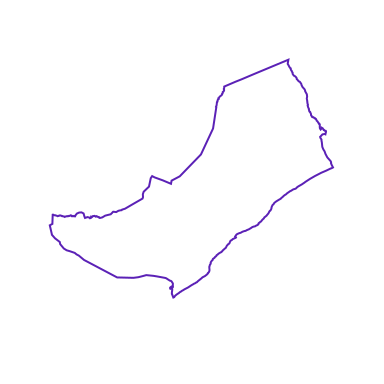 outline of Ningo/prampram, Greater Accra, Ghana, rotated 341°
{"feature_id": "2480657B81968156308620", "entity_name": "Ningo/prampram", "entity_type": "district", "adm_level": 2, "iso_a3": "GHA", "parent_name": "Ghana", "parent_adm1": "Greater Accra", "projection": "robinson", "projection_center": [0.183, 5.814], "detail": "fine", "context": "isolated", "style": "outline", "palette": "violet", "viewbox_px": 384, "rotation_deg": 341, "n_neighbors": 0, "source": "geoboundaries", "source_scale": "gbopen_adm2", "svg_char_len": 5981}
<svg xmlns="http://www.w3.org/2000/svg" viewBox="0 0 384 384"><g transform="rotate(341 192 192)"><path d="M52.9,168.1L49.6,176.7L46.7,177.2L45.7,186.5L45.6,186.8L47.4,191.2L50.7,196.2L50.4,198.4L52.4,203.7L54.5,206.3L57.2,208.2L61.3,211.4L62.5,213.4L64.3,215.3L67.8,221.1L93.4,248.4L108.7,254.1L113.6,255.1L118.4,255.5L121.7,255.7L128.2,258.7L131.2,260.3L138.3,264.3L139.1,264.8L139.7,265.4L142.2,268.6L143.0,269.1L143.5,269.7L144.0,271.6L144.1,272.3L143.4,274.3L143.2,274.7L143.2,275.2L142.9,275.7L142.1,275.4L141.5,275.6L141.2,275.6L140.9,275.4L141.0,275.0L140.2,275.3L140.0,275.9L139.9,276.2L140.0,276.5L141.1,276.5L141.4,276.4L141.7,276.5L141.7,277.1L141.5,278.0L140.3,280.4L139.8,281.7L139.9,281.9L139.8,282.2L139.9,283.0L140.0,283.2L139.9,283.6L140.0,285.7L141.0,285.6L141.6,285.1L142.3,284.6L144.2,283.9L146.9,283.2L147.7,282.8L149.0,282.6L150.1,282.2L152.0,281.9L153.0,281.6L157.1,281.0L161.4,279.9L163.2,279.6L163.7,279.4L165.2,279.3L166.6,278.9L167.3,278.9L168.2,278.4L170.0,277.7L171.0,277.4L171.8,277.0L172.4,276.9L174.1,276.1L176.9,275.7L178.9,275.0L179.9,274.6L180.2,274.2L180.5,274.1L180.6,273.9L180.9,273.9L181.1,273.6L181.8,273.3L182.5,272.6L183.1,271.6L183.4,270.5L183.7,269.3L183.8,269.0L184.1,268.2L184.6,267.7L184.9,267.1L185.3,266.6L186.1,266.1L186.5,265.5L186.5,265.2L186.7,264.8L187.3,264.2L188.4,263.4L189.5,262.9L189.9,262.2L190.2,262.0L191.4,261.7L191.9,261.5L192.7,260.9L193.5,260.7L194.4,260.2L194.7,259.8L195.4,259.6L195.9,259.5L196.4,259.2L196.8,259.1L197.2,258.9L199.0,258.5L200.1,258.4L200.6,258.0L201.1,258.0L202.2,257.2L203.0,256.9L204.8,256.1L205.6,255.9L206.4,255.2L207.6,254.0L208.4,253.7L209.0,253.2L210.1,253.0L210.9,252.5L211.3,251.9L212.4,250.8L212.6,250.6L213.8,250.4L214.5,250.2L214.9,249.9L215.2,249.8L218.4,249.5L218.7,249.4L218.8,249.3L218.7,249.1L218.4,249.0L218.2,248.2L220.1,246.8L221.0,246.5L222.1,246.4L223.4,246.3L224.7,246.4L226.8,246.0L228.9,246.0L230.0,246.2L231.4,245.9L233.6,245.8L234.9,245.5L235.6,245.4L237.7,244.8L239.3,244.8L240.3,245.0L242.0,244.6L243.2,244.6L243.4,244.5L244.4,244.0L244.6,243.4L245.1,243.1L245.9,243.0L246.2,242.7L247.8,242.3L248.9,241.5L250.0,240.9L251.3,240.4L252.1,239.6L253.6,239.1L254.9,238.6L255.4,238.2L257.3,237.1L258.9,235.5L259.4,235.3L259.6,235.1L260.0,235.1L260.9,234.4L261.7,233.5L262.0,232.8L262.7,231.8L263.9,230.6L264.2,230.4L265.0,230.2L265.9,229.4L266.3,229.1L268.6,228.3L272.2,227.5L273.6,227.3L274.4,226.8L276.1,226.2L277.5,225.5L279.1,225.0L280.2,224.8L281.4,224.2L282.5,223.9L285.3,223.1L286.2,223.1L288.0,222.6L288.9,222.5L290.9,222.6L291.4,222.5L293.0,221.7L294.4,221.3L294.9,221.2L295.5,221.1L298.6,220.5L300.7,219.9L301.3,219.8L302.3,219.4L307.9,218.0L313.6,216.9L317.8,216.3L320.5,215.9L325.9,215.5L330.1,215.0L332.2,214.9L333.3,214.7L332.9,211.8L332.8,209.9L333.1,209.5L333.2,209.1L333.2,208.8L333.1,207.9L331.2,203.3L330.6,199.4L330.6,196.7L330.2,195.2L330.0,193.8L329.9,191.9L330.0,191.3L331.0,187.0L331.1,185.8L331.5,184.6L331.0,182.5L331.1,181.9L331.1,181.6L334.1,180.0L336.3,180.3L336.9,180.9L337.2,180.4L338.0,179.2L338.4,178.5L338.4,177.8L337.7,177.5L337.4,176.8L337.2,176.8L336.9,176.1L336.7,176.1L336.3,174.3L335.7,173.6L335.6,173.9L334.0,174.8L333.7,173.7L333.7,173.2L334.0,172.0L334.8,169.8L334.8,169.6L334.4,169.3L334.5,169.0L334.4,168.8L334.5,168.6L334.1,168.1L333.6,165.9L333.3,165.5L333.1,165.2L333.1,164.4L333.0,163.4L332.5,163.1L332.5,162.5L332.4,162.3L331.7,161.9L331.5,161.3L331.0,160.7L330.3,160.5L330.0,160.2L329.9,159.4L329.9,158.9L329.7,158.7L329.6,158.3L329.6,158.0L329.9,156.9L329.8,156.0L329.8,155.3L329.6,155.0L329.7,154.7L329.3,154.3L329.2,154.0L329.4,151.8L329.6,151.6L329.4,149.8L329.5,147.8L329.6,147.6L330.0,147.4L330.1,145.2L330.3,144.9L330.5,143.8L330.5,143.4L330.7,143.0L330.9,141.3L331.0,140.9L331.9,139.3L332.4,137.0L331.8,133.6L332.0,132.8L331.9,131.9L331.8,131.6L331.8,131.3L330.7,128.8L330.4,126.7L330.5,125.0L330.0,123.8L330.0,123.4L329.8,122.9L329.4,122.6L328.9,122.0L328.8,121.5L328.5,121.1L328.2,119.9L328.0,119.5L327.8,119.4L327.8,119.2L328.0,118.2L327.8,117.7L327.7,117.2L327.2,116.3L326.9,115.8L326.3,115.3L326.0,114.6L325.6,113.0L326.0,111.8L325.7,111.1L325.7,110.8L325.6,110.6L325.7,110.2L325.7,109.8L325.4,109.1L325.3,108.6L325.3,108.2L325.6,107.3L325.5,107.0L325.2,106.8L324.8,105.5L324.5,103.3L324.3,102.5L324.2,102.1L324.3,101.8L326.2,98.3L288.5,100.7L275.5,101.6L269.1,101.9L256.8,102.8L256.4,104.0L255.7,104.7L255.6,105.0L255.7,105.3L255.5,105.5L255.4,106.4L254.6,107.2L254.0,107.3L253.8,107.6L253.6,107.6L253.3,108.4L252.9,108.6L252.5,109.2L252.2,109.2L252.0,109.7L251.5,110.1L249.4,110.8L248.6,111.3L248.1,111.8L247.8,112.3L247.5,112.1L247.4,112.3L247.4,112.7L247.0,112.7L246.9,112.9L246.6,113.0L246.0,113.7L246.0,114.0L245.8,114.2L245.7,114.5L245.3,115.0L245.1,114.9L244.8,115.2L244.5,115.9L243.5,118.0L242.4,119.3L242.6,119.7L232.6,138.8L212.7,159.4L185.5,173.2L176.4,174.6L174.8,177.4L168.2,171.5L161.5,166.1L159.5,164.0L157.5,165.5L153.1,172.9L146.4,176.0L144.8,178.1L144.0,180.9L143.1,182.1L131.2,184.4L123.2,186.0L120.1,185.9L119.5,186.3L118.3,186.0L116.3,185.8L113.8,186.3L111.1,185.0L110.5,185.2L109.4,185.9L109.0,186.0L107.9,186.6L104.8,186.3L102.2,186.1L98.9,186.8L96.6,186.6L96.1,186.4L95.9,186.2L95.9,185.5L95.6,185.2L94.7,184.8L94.4,184.5L94.2,184.0L93.9,183.8L93.6,184.0L93.3,183.8L92.9,183.9L92.4,183.1L92.0,182.8L91.6,182.9L91.3,182.7L90.4,182.5L89.8,182.7L89.7,183.0L89.4,183.1L89.1,182.7L88.7,182.5L88.6,183.0L88.2,183.0L87.5,183.1L87.7,183.4L87.7,183.6L87.0,183.6L86.8,182.9L85.0,181.7L82.4,181.7L82.3,180.0L82.5,177.0L80.9,175.3L78.6,174.7L76.2,174.9L74.4,176.0L73.6,176.9L72.9,176.4L72.5,176.6L71.7,175.9L71.1,176.0L70.9,175.8L70.4,175.7L70.3,175.1L69.9,174.6L69.5,174.5L68.5,174.8L67.8,174.5L66.7,174.6L66.3,174.2L65.7,174.1L64.5,174.1L64.1,173.9L63.5,174.1L62.8,173.3L62.2,173.1L61.6,172.5L61.2,172.5L60.4,171.6L59.7,171.2L59.3,171.3L58.8,171.0L58.1,171.2L57.0,171.1L56.4,170.4L55.3,169.7L55.0,169.4L54.3,169.2L53.2,168.1L52.9,168.1Z" fill="none" stroke="#5b21b6" stroke-width="2"/></g></svg>